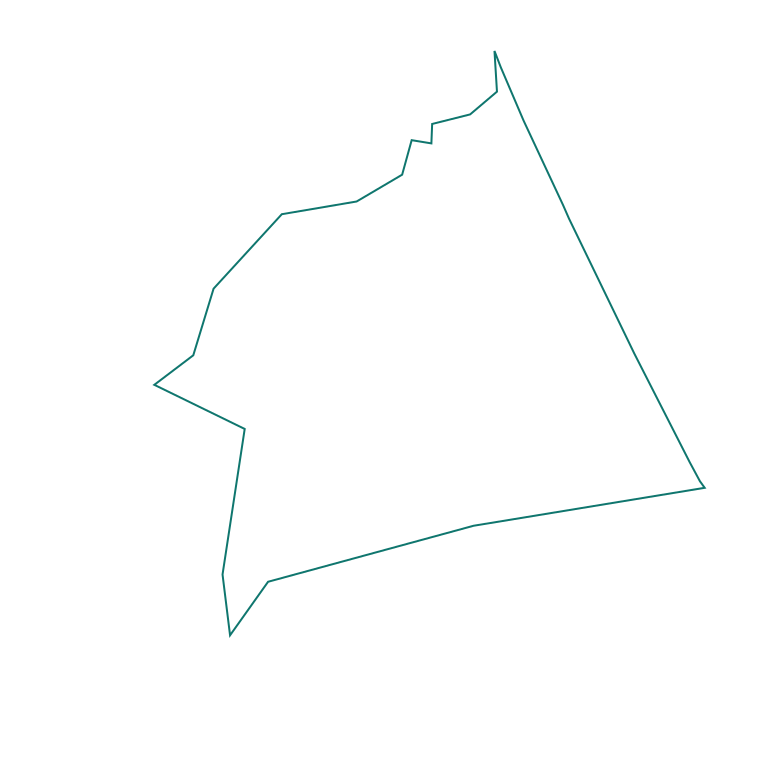 Clinton, Kentucky, United States of America (Albers equal-area conic projection), rotated 242°
{"feature_id": "52423323B366346892097", "entity_name": "Clinton", "entity_type": "district", "adm_level": 2, "iso_a3": "USA", "parent_name": "United States of America", "parent_adm1": "Kentucky", "projection": "albers", "projection_center": [-85.096, 36.751], "detail": "fine", "context": "isolated", "style": "outline", "palette": "teal", "viewbox_px": 768, "rotation_deg": 242, "n_neighbors": 0, "source": "geoboundaries", "source_scale": "gbopen_adm2", "svg_char_len": 478}
<svg xmlns="http://www.w3.org/2000/svg" viewBox="0 0 768 768"><g transform="rotate(242 384 384)"><path d="M491.1,180.8L409.7,239.9L291.6,152.0L234.4,130.1L263.8,188.8L216.8,396.5L141.8,618.4L149.8,617.3L171.4,617.2L293.5,619.3L443.3,625.0L457.9,626.1L551.1,630.9L608.8,635.8L626.2,637.9L589.1,621.0L581.6,586.6L591.0,548.6L574.2,538.8L586.3,522.9L560.3,498.3L558.0,445.5L581.9,373.5L548.2,278.3L498.9,229.1L491.1,180.8Z" fill="none" stroke="#0f766e" stroke-width="2"/></g></svg>